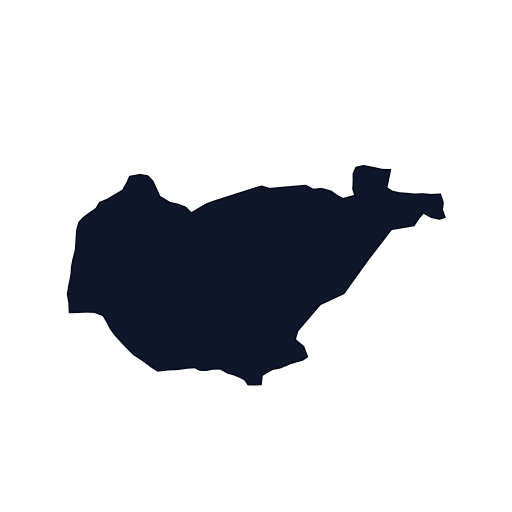 Conceição da Feira, Bahia, Brazil (Mercator projection), rotated 338°
{"feature_id": "56859067B19812474900576", "entity_name": "Conceição da Feira", "entity_type": "district", "adm_level": 2, "iso_a3": "BRA", "parent_name": "Brazil", "parent_adm1": "Bahia", "projection": "mercator", "projection_center": [-38.993, -12.504], "detail": "fine", "context": "isolated", "style": "filled", "palette": "ink", "viewbox_px": 512, "rotation_deg": 338, "n_neighbors": 0, "source": "geoboundaries", "source_scale": "gbopen_adm2", "svg_char_len": 1496}
<svg xmlns="http://www.w3.org/2000/svg" viewBox="0 0 512 512"><g transform="rotate(338 256 256)"><path d="M61.9,238.5L70.4,241.7L76.6,243.8L84.9,247.4L92.1,253.9L93.2,261.9L93.9,269.2L95.6,276.0L100.8,289.9L105.6,301.4L111.4,309.7L117.7,319.9L121.8,325.7L132.2,328.6L141.1,331.8L149.7,333.9L157.6,336.5L160.9,340.6L167.3,343.4L173.1,344.4L180.6,347.2L186.1,354.0L190.9,357.6L195.6,362.2L199.2,366.3L200.5,372.3L206.5,374.9L212.6,377.0L216.9,368.9L223.5,367.9L229.0,367.2L236.5,368.7L246.6,368.5L254.1,369.1L259.8,369.9L265.9,368.7L266.2,358.1L261.0,348.1L266.5,341.0L297.3,325.0L323.5,323.6L340.3,312.9L358.5,301.4L369.6,294.9L391.5,282.0L413.9,286.9L419.8,282.8L427.3,278.6L432.8,285.5L440.0,290.5L445.7,290.8L446.0,282.8L449.5,276.6L450.1,267.8L441.4,264.8L433.4,260.7L426.4,258.3L419.5,254.7L412.6,251.3L406.5,247.1L402.7,241.7L412.9,226.4L405.4,223.2L397.3,217.6L389.2,212.5L382.0,211.4L377.1,216.1L374.2,223.4L371.0,230.2L370.5,237.0L364.1,236.2L358.1,235.5L354.1,230.8L349.7,224.0L342.0,218.1L333.9,215.7L328.7,209.3L301.6,201.0L293.9,198.7L287.3,193.4L280.3,192.7L237.3,189.5L229.3,189.3L212.0,191.9L208.9,184.5L203.4,179.2L196.1,174.2L189.0,164.8L188.3,148.2L185.5,141.2L178.9,137.1L168.7,135.0L164.1,139.6L156.9,145.2L146.8,146.7L139.1,147.9L131.1,147.9L125.6,152.1L116.8,154.1L110.3,155.8L104.5,158.6L99.5,165.0L95.3,173.9L91.0,182.7L84.9,191.0L80.7,197.6L78.3,202.9L74.5,208.9L70.8,214.4L67.0,220.8L65.1,229.6L61.9,238.5Z" fill="#0f172a" stroke="#020617" stroke-width="1.5"/></g></svg>